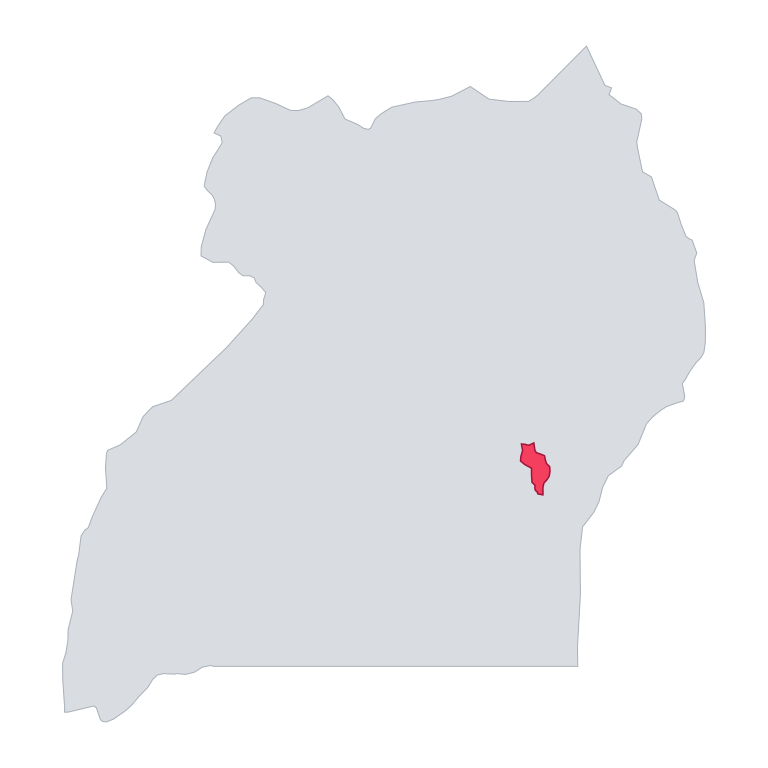 Iganga highlighted on a map of Uganda
{"feature_id": "UGA-3068", "entity_name": "Iganga", "entity_type": "District", "adm_level": 1, "iso_a3": "UGA", "parent_name": "Uganda", "parent_adm1": "", "projection": "mercator", "projection_center": [33.553, 0.662], "detail": "fine", "context": "in_parent", "style": "filled", "palette": "rose", "viewbox_px": 768, "rotation_deg": 0, "n_neighbors": 0, "source": "natural_earth", "source_scale": "10m", "svg_char_len": 2704}
<svg xmlns="http://www.w3.org/2000/svg" viewBox="0 0 768 768"><path d="M577.8,666.4L564.9,666.4L543.8,666.4L522.7,666.4L501.6,666.4L480.5,666.4L459.4,666.4L438.3,666.4L417.2,666.4L396.1,666.4L375.0,666.4L353.9,666.4L332.8,666.4L311.7,666.4L290.6,666.4L269.5,666.4L248.4,666.4L227.3,666.4L214.8,666.4L212.3,666.0L210.6,665.5L202.6,667.0L194.4,672.2L185.6,674.4L176.3,673.6L175.1,674.1L170.3,674.0L163.5,673.6L157.3,675.0L152.6,679.6L147.8,687.4L139.1,696.3L132.4,704.3L126.6,709.9L113.4,719.2L106.3,721.9L102.7,721.5L100.5,719.8L96.4,707.9L93.8,706.0L68.2,712.1L64.4,712.2L64.7,708.5L62.8,680.5L62.6,663.4L65.9,652.7L67.9,640.4L68.1,629.5L72.8,611.0L71.0,599.9L77.1,560.9L78.7,554.6L81.1,535.8L84.9,530.0L88.2,527.7L92.6,516.1L101.0,497.7L106.8,488.2L105.5,467.4L106.5,453.3L107.8,450.2L120.2,444.9L136.3,431.9L143.1,416.5L152.7,406.7L171.3,400.4L226.4,347.7L252.1,319.3L263.3,304.7L263.6,299.5L265.8,292.6L261.3,287.3L256.0,282.4L254.2,277.9L249.6,275.7L243.0,275.8L238.6,272.5L233.7,266.1L228.7,262.1L213.1,262.4L201.0,255.9L201.2,247.0L205.9,229.5L215.1,209.4L215.5,203.8L214.3,199.1L212.1,195.1L207.9,191.0L204.1,186.2L207.1,171.8L212.8,157.6L217.5,150.5L222.2,142.6L220.8,136.1L214.1,132.9L217.6,126.5L224.9,115.8L239.0,105.0L251.3,97.8L259.6,97.8L275.7,103.5L290.2,110.3L298.2,110.6L307.9,107.8L328.0,95.8L332.8,99.6L338.7,106.9L345.0,119.0L357.7,124.5L363.7,128.3L368.1,129.4L370.5,128.4L375.3,118.9L381.1,113.8L391.8,107.2L415.4,102.0L432.3,100.5L439.4,99.3L451.4,96.3L470.3,86.5L488.9,99.1L509.1,101.5L528.7,101.4L534.7,97.6L538.1,94.7L558.7,74.0L586.5,46.1L605.0,85.5L611.4,87.8L610.5,91.2L608.9,94.5L621.0,104.0L636.0,109.0L641.3,113.8L641.8,119.1L636.7,142.1L637.7,148.7L642.5,171.8L651.4,176.9L659.3,200.1L675.2,210.0L677.5,212.8L681.1,224.1L686.0,236.4L689.8,239.2L692.1,240.0L696.8,253.0L694.1,260.4L697.8,282.7L703.8,302.6L705.4,326.4L705.4,336.9L705.2,343.3L703.9,352.4L701.0,357.6L696.0,362.7L690.3,370.7L685.4,379.3L682.3,383.5L684.7,396.3L684.1,399.7L682.8,401.3L675.6,403.3L666.4,406.7L660.8,410.2L652.9,416.7L646.5,423.7L638.1,444.5L624.1,460.6L621.7,466.0L608.4,475.6L602.6,487.5L598.9,502.0L593.7,512.5L582.6,526.8L580.0,549.5L580.4,594.7L577.5,646.1L577.8,666.4Z" fill="#d9dde1" stroke="#a8b0b8" stroke-width="1"/><path d="M537.8,493.9L537.2,491.9L535.3,490.3L534.8,487.8L535.0,485.2L532.0,482.4L531.5,474.4L531.5,468.2L524.7,464.5L520.5,461.0L520.9,456.2L522.6,450.7L521.4,444.0L525.2,444.3L527.2,445.0L529.1,445.2L533.8,442.9L535.0,450.7L536.6,452.8L539.2,453.6L544.5,455.7L545.5,460.4L546.5,463.5L549.7,466.7L550.0,471.5L549.2,476.2L546.9,479.8L543.9,483.1L542.9,487.7L543.0,492.3L543.0,493.6L542.9,494.9L537.8,493.9Z" fill="#f43f5e" stroke="#9f1239" stroke-width="1.5"/></svg>